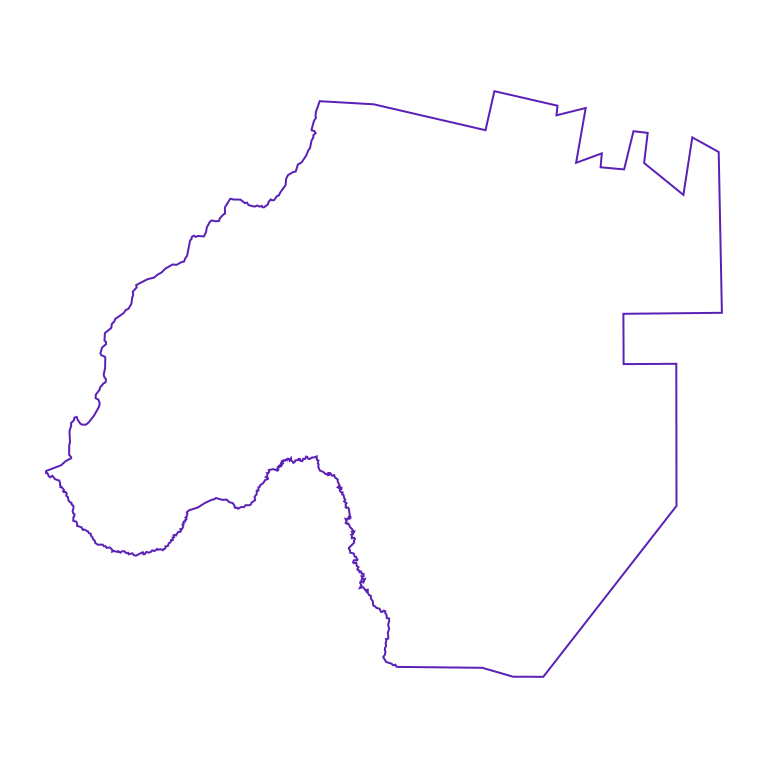 Anta, Salta, Argentina
{"feature_id": "61730980B73249877879896", "entity_name": "Anta", "entity_type": "district", "adm_level": 2, "iso_a3": "ARG", "parent_name": "Argentina", "parent_adm1": "Salta", "projection": "mercator", "projection_center": [-64.349, -24.908], "detail": "fine", "context": "isolated", "style": "outline", "palette": "violet", "viewbox_px": 768, "rotation_deg": 0, "n_neighbors": 0, "source": "geoboundaries", "source_scale": "gbopen_adm2", "svg_char_len": 6050}
<svg xmlns="http://www.w3.org/2000/svg" viewBox="0 0 768 768"><path d="M46.1,471.0L46.1,473.0L47.4,473.1L48.8,476.2L50.1,477.3L52.4,475.8L55.1,479.2L59.3,480.6L60.1,483.3L60.0,485.4L61.1,486.6L60.7,487.2L61.9,487.4L64.1,490.1L63.1,491.4L64.2,492.2L65.6,492.0L66.7,493.4L66.2,495.8L67.9,497.1L68.5,500.5L70.4,502.5L71.5,502.8L71.6,504.4L73.4,505.9L73.5,508.2L72.6,511.0L73.3,513.4L74.5,514.2L74.4,516.0L73.4,517.3L73.3,520.9L76.4,521.7L77.2,524.0L77.0,525.8L81.5,527.3L82.8,529.9L83.8,529.4L85.2,530.0L88.2,531.6L88.8,533.1L90.8,533.8L90.9,535.6L92.4,537.2L93.4,539.7L94.6,540.5L95.3,543.0L97.8,544.7L102.8,544.7L103.9,546.3L105.5,546.2L106.7,547.9L109.7,547.4L112.4,549.9L112.2,551.6L113.7,551.0L117.0,551.8L118.0,551.2L118.6,552.1L119.5,551.8L120.4,552.6L122.1,551.3L124.4,551.2L126.0,553.0L128.2,552.8L128.6,554.3L132.3,553.3L134.2,555.4L136.2,555.6L142.4,552.3L143.2,552.4L143.3,554.2L144.8,554.1L146.4,551.9L148.9,552.6L150.7,552.0L152.3,550.3L154.4,551.1L157.1,549.0L157.7,549.8L160.2,549.2L162.8,550.2L163.3,549.2L164.4,549.1L165.5,548.0L165.4,546.4L167.9,546.0L168.8,543.2L170.6,542.3L170.9,540.2L172.8,540.1L172.6,537.6L174.0,537.3L173.5,535.4L175.3,534.8L176.0,535.4L178.2,531.9L180.5,531.8L181.0,530.5L180.4,529.2L182.0,529.0L183.3,526.5L182.5,524.7L183.8,524.0L183.2,522.7L183.9,521.5L185.1,521.5L185.2,520.1L186.4,519.5L186.4,518.3L185.5,517.6L186.6,516.7L187.4,513.9L186.8,512.3L189.0,510.3L197.8,507.5L204.7,503.1L212.1,499.6L214.4,499.3L215.8,498.0L222.5,499.9L226.8,499.6L229.1,502.1L232.7,503.1L234.6,505.8L234.5,507.3L235.7,508.0L237.1,507.7L238.0,508.7L241.2,507.0L243.9,507.1L245.7,505.2L249.7,505.2L250.9,504.4L251.6,502.6L255.1,500.1L254.6,496.7L256.6,494.4L256.8,490.6L258.4,490.6L258.4,487.3L259.7,486.9L260.1,485.3L263.2,483.1L265.1,480.1L268.0,478.9L267.8,477.9L265.9,477.0L267.1,476.1L267.6,473.9L267.1,473.1L268.2,473.1L269.2,471.8L268.8,470.0L273.5,469.1L276.8,470.4L277.2,469.2L277.9,470.2L278.4,469.5L277.6,468.6L277.8,467.1L279.4,467.1L279.8,466.5L279.2,465.8L279.8,465.3L281.2,466.1L281.8,464.9L280.8,464.3L281.3,462.8L281.8,464.0L283.0,463.4L282.4,462.3L282.6,460.8L283.6,461.0L284.0,460.2L284.9,460.6L285.7,459.8L286.8,460.2L286.8,459.2L287.9,458.6L288.8,458.9L289.5,460.5L290.9,458.3L291.2,460.7L292.6,461.4L293.3,462.9L295.0,461.7L295.4,460.4L298.6,460.0L298.7,458.9L299.9,459.0L300.0,460.5L302.3,461.2L303.1,458.8L305.1,459.0L306.1,456.6L307.2,456.9L308.3,458.9L309.6,459.0L312.2,457.4L313.9,457.5L316.7,456.4L316.8,459.8L318.4,460.5L317.8,463.3L318.6,464.3L318.2,466.6L319.8,470.5L323.2,471.9L325.6,474.0L326.7,473.9L327.6,475.2L329.0,475.0L328.5,473.0L330.0,472.9L332.2,475.8L334.2,475.1L334.9,477.3L337.7,479.5L337.7,481.5L339.6,485.5L337.7,487.3L338.4,487.7L339.4,486.8L340.1,487.1L339.9,488.0L341.4,487.8L341.4,489.1L340.1,489.6L339.8,490.5L340.8,492.1L342.7,492.5L342.1,494.4L343.5,495.0L344.4,498.6L345.3,499.6L344.1,501.4L346.5,503.1L345.5,504.2L346.0,505.9L345.5,507.1L346.2,507.8L348.2,507.7L348.8,508.8L349.8,515.2L349.3,516.2L350.4,516.7L350.5,517.8L349.7,518.7L348.3,517.8L347.6,519.4L345.5,518.9L346.6,521.7L345.7,522.9L347.1,523.9L348.4,523.6L350.2,527.3L352.6,529.6L352.2,531.3L354.4,531.3L353.9,532.4L352.1,532.2L352.9,534.2L351.3,534.7L351.9,535.6L351.8,538.2L354.2,537.8L355.0,539.1L354.0,540.6L354.2,542.6L349.0,547.8L348.8,548.8L349.9,550.0L350.2,552.6L353.7,553.5L354.8,556.6L356.2,557.0L356.6,558.8L357.5,559.4L357.2,560.2L353.8,560.3L353.1,562.4L353.7,563.1L356.2,562.8L356.8,565.9L358.5,567.2L357.4,568.8L357.7,569.9L358.6,570.0L359.5,572.1L360.8,571.4L361.8,573.8L363.5,573.8L363.6,576.1L361.6,576.3L362.4,577.4L361.8,579.5L364.9,578.9L363.3,582.5L361.3,581.4L360.4,581.8L360.2,583.0L361.4,585.0L359.9,588.0L362.9,587.0L365.3,590.0L367.8,589.7L367.8,590.9L366.3,591.2L366.4,591.7L367.7,592.6L368.9,594.9L370.8,595.8L370.9,598.7L372.9,601.4L373.0,604.6L373.7,605.8L375.2,606.4L376.4,607.9L379.5,608.7L381.0,611.9L382.3,611.9L383.7,610.6L385.3,611.3L385.2,612.9L386.6,615.3L386.7,618.0L389.1,618.5L389.2,621.6L388.1,624.3L389.1,629.1L387.8,632.6L388.4,638.0L387.8,638.9L386.0,639.1L386.3,641.4L385.6,643.2L386.1,645.8L385.1,647.8L384.8,650.3L385.5,651.7L384.9,654.7L383.2,657.1L386.2,662.0L391.4,663.6L393.2,665.3L395.3,664.7L396.5,666.7L398.1,666.9L482.2,667.8L513.0,676.7L543.3,676.8L676.5,505.9L676.3,363.8L623.6,364.1L623.4,313.8L721.9,312.8L718.7,152.0L692.3,137.4L683.4,194.9L644.1,163.0L647.7,132.9L633.5,131.2L624.1,169.4L600.6,167.3L601.8,153.4L576.1,162.8L585.7,108.0L556.5,115.3L557.5,105.7L494.4,91.2L485.5,130.2L373.7,104.3L319.7,101.2L315.9,112.0L315.5,116.1L316.0,117.8L314.0,120.8L311.6,129.5L311.7,130.4L314.2,130.9L315.7,133.0L313.4,135.2L313.3,137.7L311.6,140.3L310.0,148.1L308.2,150.5L306.2,155.6L301.6,162.4L297.9,164.5L295.7,171.5L293.0,172.1L288.0,175.1L286.1,178.9L285.6,185.1L280.1,192.7L279.0,195.3L277.2,195.9L274.1,200.1L272.0,200.3L270.8,199.4L268.7,201.7L267.8,204.5L263.9,207.4L262.4,207.2L261.7,205.9L259.5,206.6L257.2,205.5L255.0,206.5L253.3,206.4L248.6,205.1L246.9,202.6L245.0,203.2L240.4,199.6L233.5,199.5L230.3,198.7L224.9,207.4L225.0,213.7L223.7,214.2L219.9,218.2L219.0,221.0L215.7,221.3L211.7,220.4L209.9,221.8L206.8,227.4L206.1,231.9L204.0,236.4L197.8,236.0L195.8,236.9L193.7,235.7L191.8,237.0L191.5,239.1L190.1,240.4L187.1,255.8L185.4,258.0L184.1,261.5L181.1,262.3L176.7,264.8L172.5,264.5L165.4,268.6L161.4,272.6L157.6,274.6L154.2,277.5L147.4,279.3L136.2,285.0L136.7,287.3L132.9,291.6L133.1,295.6L132.2,297.4L131.5,303.5L128.5,308.8L125.9,309.9L123.5,313.2L115.2,318.9L114.3,321.5L111.8,324.0L111.3,327.9L104.9,333.1L104.5,340.6L106.0,342.0L106.1,344.1L102.1,347.5L100.4,353.5L101.2,355.1L104.8,356.7L105.3,357.9L105.1,368.0L103.7,374.6L104.2,376.8L106.0,379.3L105.5,382.4L103.5,383.4L99.9,387.7L99.8,389.4L95.8,394.7L95.6,398.2L98.4,399.6L99.5,402.6L99.6,404.4L98.6,407.5L94.1,415.5L88.9,422.2L85.9,424.7L81.9,424.6L80.3,423.6L77.8,420.0L76.7,416.9L74.3,417.7L74.0,420.1L71.0,423.2L71.2,425.7L69.5,430.9L70.0,442.7L69.3,444.3L69.1,454.7L71.1,457.1L71.2,458.2L65.8,461.0L61.2,465.2L46.1,471.0Z" fill="none" stroke="#5b21b6" stroke-width="2"/></svg>